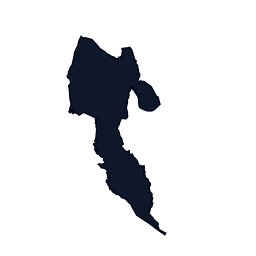 Álvaro Obregón, Distrito Federal, Mexico, rotated 304°
{"feature_id": "50627088B40867789831211", "entity_name": "Álvaro Obregón", "entity_type": "district", "adm_level": 2, "iso_a3": "MEX", "parent_name": "Mexico", "parent_adm1": "Distrito Federal", "projection": "natural_earth1", "projection_center": [-99.259, 19.318], "detail": "fine", "context": "isolated", "style": "filled", "palette": "ink", "viewbox_px": 256, "rotation_deg": 304, "n_neighbors": 0, "source": "geoboundaries", "source_scale": "gbopen_adm2", "svg_char_len": 5810}
<svg xmlns="http://www.w3.org/2000/svg" viewBox="0 0 256 256"><g transform="rotate(304 128 128)"><path d="M61.9,218.0L61.6,216.5L61.5,214.9L61.3,214.6L61.5,212.9L61.4,212.4L61.0,211.9L61.1,211.1L61.6,210.0L63.9,207.0L64.6,206.7L65.1,206.9L66.0,205.6L66.2,204.7L65.9,204.3L66.1,203.9L65.9,202.8L66.4,201.8L66.5,201.3L66.6,200.7L66.5,199.4L67.1,198.7L67.3,198.9L67.6,198.8L67.6,198.0L67.4,197.6L67.6,197.2L67.6,196.8L67.9,196.3L68.2,195.2L68.6,194.5L68.6,194.3L68.0,193.5L68.1,193.1L68.6,192.9L68.9,192.6L69.5,192.8L70.4,192.7L70.8,192.3L71.8,192.3L72.7,192.1L73.9,191.2L76.2,191.6L77.0,191.4L78.3,190.9L78.6,190.6L79.1,190.6L79.6,190.4L79.8,189.9L80.0,189.7L80.4,188.7L81.0,188.1L81.9,188.3L83.5,187.7L83.7,187.3L84.4,186.4L84.6,186.0L86.1,185.2L86.9,184.4L87.1,183.7L87.1,182.9L87.5,182.0L88.2,181.2L88.3,180.5L89.8,179.6L91.0,178.4L92.8,178.5L94.0,178.0L94.7,176.8L94.9,175.4L95.1,175.3L95.9,173.9L96.6,173.3L96.7,172.7L96.6,172.4L96.2,172.2L96.0,171.4L96.5,171.1L96.8,170.5L97.5,169.2L98.2,168.7L98.5,167.5L99.4,167.3L99.9,167.0L100.3,166.4L100.7,166.5L101.1,166.7L101.4,166.4L101.4,165.5L105.5,162.7L103.0,158.6L104.2,156.3L105.6,154.3L106.3,153.2L106.2,152.8L106.4,152.0L106.6,151.9L106.8,151.2L107.1,149.2L107.0,148.9L107.1,148.0L108.0,147.5L108.7,145.9L108.1,145.6L107.1,144.7L106.5,144.5L107.2,143.9L108.1,142.8L109.8,141.7L109.6,141.5L108.4,141.1L108.0,140.3L107.6,140.0L107.4,139.5L107.2,138.4L107.7,137.8L107.4,137.6L108.4,135.0L108.1,134.7L108.0,135.0L108.0,134.6L108.3,134.1L108.9,132.9L109.8,132.4L110.5,132.2L110.5,132.4L110.6,132.6L111.3,132.9L112.1,133.0L113.3,131.0L114.5,130.0L115.2,129.1L115.8,128.5L116.4,126.5L117.0,125.5L118.2,124.2L119.5,123.1L120.4,121.5L120.7,120.6L121.6,119.2L122.7,118.8L123.3,118.9L124.2,118.6L126.3,118.7L126.8,118.5L127.7,117.9L130.2,117.5L130.7,117.2L131.4,117.1L132.0,117.2L132.7,117.7L134.2,120.6L134.9,121.4L135.7,121.2L136.2,121.4L137.5,121.1L138.3,120.6L138.7,119.9L140.4,118.9L140.9,118.5L142.1,117.1L142.4,116.6L142.7,116.3L143.0,115.7L144.7,115.0L146.6,113.9L147.4,113.9L149.2,113.1L149.3,112.9L149.2,112.7L150.8,111.8L151.8,111.5L153.7,111.4L154.2,110.9L155.5,110.6L156.0,110.1L156.5,110.0L156.9,109.7L157.1,109.1L157.5,108.8L158.7,108.7L159.8,109.0L160.1,108.9L160.5,109.0L163.3,107.3L164.0,107.3L163.0,109.3L164.4,108.7L164.8,109.0L163.4,110.4L162.4,112.1L160.0,117.8L159.4,118.9L158.0,120.5L152.5,124.9L151.9,125.8L151.7,126.5L151.6,127.5L152.5,132.7L153.2,134.7L154.5,136.7L155.4,137.9L156.6,138.8L158.0,139.5L158.9,139.7L165.6,141.2L165.8,140.1L166.1,140.5L170.5,135.4L170.3,135.1L169.7,135.1L169.7,134.6L175.2,124.1L175.4,115.3L174.1,112.7L173.9,112.1L174.0,111.7L173.5,111.6L170.8,112.2L170.9,111.9L171.9,110.3L172.5,109.8L175.8,108.8L178.5,108.3L179.1,107.4L179.4,107.2L179.3,106.4L179.6,106.5L180.4,105.3L181.2,104.6L181.7,104.0L182.5,103.7L182.7,103.0L184.3,101.4L184.9,101.2L185.5,100.0L186.0,98.1L186.3,98.0L186.9,97.3L187.8,97.6L188.0,97.4L188.4,95.3L188.6,94.9L190.6,92.7L191.0,91.9L192.6,90.3L194.8,87.4L195.9,84.4L194.5,83.3L193.4,81.9L190.5,78.6L189.2,80.0L189.0,80.6L188.7,80.8L187.2,81.0L186.5,81.3L185.2,82.2L183.5,82.2L182.3,81.6L181.4,80.9L180.4,80.8L178.7,80.3L178.9,76.7L178.1,74.2L178.2,71.5L177.7,69.9L178.2,65.4L178.1,63.3L178.1,60.1L179.3,56.4L181.1,48.6L181.0,48.1L179.1,42.6L178.5,41.6L177.6,40.7L177.5,40.1L177.7,37.9L172.4,38.7L169.0,40.2L161.4,41.4L159.4,42.1L157.5,43.2L149.7,46.2L148.5,46.5L146.4,46.3L144.1,46.9L143.1,47.2L141.7,47.2L138.7,48.6L137.5,48.6L137.1,48.7L136.2,49.4L136.0,49.8L136.0,51.6L135.4,53.3L133.3,55.2L132.3,55.6L130.7,55.2L129.8,55.3L126.2,58.7L120.1,63.3L116.8,66.8L116.1,67.3L114.4,68.2L111.6,68.8L110.6,69.9L109.4,69.7L108.9,69.8L108.5,70.1L108.3,70.8L108.6,71.9L109.9,71.5L110.0,72.4L110.0,73.0L109.7,73.9L109.2,74.4L109.8,74.8L110.3,74.7L110.9,74.1L111.7,72.7L111.9,71.7L112.5,71.3L112.8,71.6L111.4,75.8L111.3,76.6L111.6,79.0L111.5,79.8L111.3,80.2L112.8,81.0L114.8,81.7L115.6,82.2L116.2,82.9L116.4,83.4L117.5,90.1L118.0,92.6L117.9,94.3L118.2,94.5L118.8,94.4L118.9,94.8L118.0,95.5L117.5,96.3L116.8,96.4L116.3,96.8L116.5,96.9L117.1,96.5L117.6,96.6L118.2,96.4L118.2,96.5L117.2,97.1L116.8,97.1L116.6,97.5L115.6,97.7L115.3,98.0L114.6,97.8L114.3,98.6L113.7,98.8L113.6,99.4L113.0,99.5L112.9,100.1L112.4,100.3L112.1,100.7L111.3,100.7L110.5,102.2L109.9,103.0L108.9,102.9L107.8,103.8L100.9,107.4L99.9,107.5L99.3,107.8L98.5,107.7L98.6,108.2L99.4,108.7L99.5,109.0L99.5,109.8L99.4,110.0L99.1,110.1L97.9,109.7L96.2,108.6L95.6,108.5L95.1,108.7L92.9,114.3L92.9,115.0L93.6,115.8L92.5,115.3L92.1,114.9L92.1,114.2L92.7,112.3L92.7,112.0L92.5,111.9L92.1,112.1L91.1,113.3L90.5,114.7L89.5,116.4L89.4,117.2L89.9,118.7L90.0,119.1L89.2,120.8L89.1,121.7L89.4,123.2L90.0,123.6L90.3,124.0L90.1,124.6L88.5,125.1L87.8,125.5L87.5,126.2L87.3,127.3L86.8,128.8L86.6,129.2L86.3,129.3L85.8,128.6L85.2,129.0L84.9,129.0L84.8,128.8L84.9,128.1L84.6,127.5L83.4,126.9L82.9,126.1L82.6,124.8L82.1,124.5L81.6,123.7L81.3,123.7L81.2,125.9L80.8,126.4L80.6,127.4L80.2,127.6L80.1,127.9L80.6,128.5L80.7,129.3L81.7,132.4L81.3,134.0L80.8,134.3L80.6,135.2L80.6,137.1L80.2,137.1L79.3,135.8L78.8,135.4L77.9,137.2L77.3,137.6L76.5,139.5L76.1,139.5L75.5,138.7L75.2,138.8L75.2,139.9L74.8,141.1L73.9,141.8L73.6,141.7L73.4,141.4L73.4,140.6L73.4,140.0L72.7,139.2L72.5,139.3L72.2,140.0L71.7,139.9L71.4,140.0L71.1,140.4L70.9,141.3L70.8,141.6L71.1,142.6L70.1,142.8L69.6,143.4L69.4,143.9L69.3,145.6L68.7,145.6L68.3,145.8L67.7,146.6L67.1,147.1L67.6,148.0L67.1,149.9L66.8,150.3L66.5,151.5L66.5,152.3L66.7,152.8L66.5,153.2L66.6,153.5L66.5,154.1L66.6,154.9L66.9,155.9L67.0,156.7L67.7,157.8L67.3,160.1L67.0,160.6L66.9,161.7L67.3,163.6L67.7,164.3L67.7,165.9L67.3,168.4L66.9,168.9L66.7,170.0L66.8,170.6L66.5,171.3L66.5,172.2L66.3,173.6L65.0,175.3L60.7,183.9L60.8,199.0L60.2,212.0L60.1,218.1L61.9,218.0Z" fill="#0f172a" stroke="#020617" stroke-width="1.5"/></g></svg>